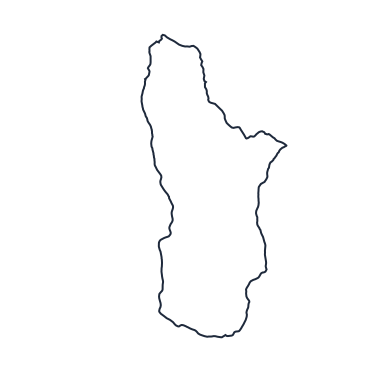 outline of Chomphet, Louangphrabang, Laos, rotated 130°
{"feature_id": "54806243B51917372677648", "entity_name": "Chomphet", "entity_type": "district", "adm_level": 2, "iso_a3": "LAO", "parent_name": "Laos", "parent_adm1": "Louangphrabang", "projection": "equal_earth", "projection_center": [101.914, 19.859], "detail": "fine", "context": "isolated", "style": "outline", "palette": "slate", "viewbox_px": 384, "rotation_deg": 130, "n_neighbors": 0, "source": "geoboundaries", "source_scale": "gbopen_adm2", "svg_char_len": 6005}
<svg xmlns="http://www.w3.org/2000/svg" viewBox="0 0 384 384"><g transform="rotate(130 192 192)"><path d="M304.5,118.5L304.0,116.5L303.7,116.0L303.4,115.6L302.9,115.4L302.0,115.2L301.3,114.9L300.6,114.5L300.0,113.7L299.5,112.7L298.8,110.4L298.6,109.3L298.3,108.4L297.7,105.6L297.0,103.4L296.1,101.2L295.9,99.9L296.0,98.4L296.4,96.3L296.1,94.3L295.5,92.6L294.4,89.8L293.1,87.3L292.0,86.3L290.0,84.0L288.6,82.9L287.5,81.5L286.4,79.3L284.5,76.2L284.0,75.7L282.7,75.3L280.8,74.6L280.1,74.5L279.9,72.8L279.4,72.0L276.6,69.4L275.9,69.0L275.0,68.8L272.4,69.4L271.9,69.3L271.0,68.9L270.3,68.3L269.0,67.0L268.4,66.6L267.3,66.5L264.9,66.7L263.4,67.0L260.2,67.5L258.2,68.0L255.6,68.6L253.4,69.5L252.3,70.0L250.7,71.1L249.7,72.4L249.2,72.9L247.9,73.6L246.3,74.2L245.3,74.4L244.0,74.9L242.1,76.3L240.9,77.0L239.4,77.4L238.8,78.0L238.5,78.8L237.9,81.3L237.1,83.1L234.9,85.4L233.3,86.5L232.0,87.9L231.2,88.2L229.9,88.5L228.1,88.7L225.9,89.1L224.6,89.5L223.6,89.6L222.5,89.6L220.0,88.6L218.0,87.4L216.2,86.6L215.2,86.2L214.4,86.1L213.3,86.2L210.6,86.7L209.5,86.7L208.2,86.1L207.7,85.5L207.2,85.2L206.5,84.8L205.6,84.6L203.4,85.1L203.1,85.5L202.8,86.1L201.7,87.6L201.3,88.0L200.4,88.5L198.7,89.6L197.6,90.7L193.3,95.7L192.5,96.4L191.6,97.0L190.2,98.3L185.9,101.3L185.1,102.2L184.3,103.4L183.7,104.5L180.9,108.5L180.6,109.1L179.7,111.2L178.9,112.8L177.1,115.2L177.0,115.8L176.5,117.1L176.2,117.5L175.8,119.1L175.4,120.2L174.9,121.1L174.5,121.6L174.1,121.9L173.6,122.5L172.4,123.2L171.4,124.0L171.1,124.4L170.7,124.6L170.1,125.2L169.4,125.7L169.2,126.0L168.7,127.1L167.3,129.1L166.3,129.9L165.0,130.7L161.9,131.6L161.0,131.8L159.0,132.8L158.3,133.4L157.5,133.8L157.2,134.1L156.8,134.5L155.6,135.7L154.4,136.7L153.9,137.3L152.6,138.5L151.1,139.6L150.8,140.0L149.5,141.0L148.5,141.7L147.2,142.7L145.5,143.9L144.9,144.1L143.9,144.2L143.5,144.2L142.3,144.4L141.9,144.3L141.4,144.4L140.5,144.0L139.9,143.8L137.9,143.0L137.6,142.9L136.3,143.1L135.9,143.1L134.3,143.3L133.2,143.6L132.5,143.7L132.1,144.0L131.5,144.3L130.2,145.7L129.1,146.7L128.1,147.3L125.2,148.6L124.2,148.6L123.7,148.8L121.4,150.2L120.7,150.4L120.1,150.7L119.6,150.7L119.0,150.9L118.8,150.8L118.1,150.7L117.7,150.5L115.6,150.3L115.2,150.3L114.2,150.7L113.3,150.5L112.5,150.6L112.1,150.6L111.0,150.7L109.8,150.7L108.6,151.1L107.4,151.3L106.8,151.3L106.0,151.1L105.2,151.3L104.3,151.6L102.6,151.7L99.9,151.2L99.1,150.7L98.5,150.4L97.4,150.1L96.5,149.6L95.9,149.5L95.7,149.6L95.7,151.9L96.1,154.4L96.7,156.2L97.6,158.3L98.2,159.9L98.1,162.0L97.8,163.3L98.1,165.1L98.1,169.4L98.1,169.6L98.1,169.8L98.4,170.2L98.4,170.6L99.2,171.1L99.7,171.7L99.8,172.0L99.9,172.5L100.1,172.7L100.3,173.1L100.4,173.4L99.9,174.5L99.8,175.2L99.9,175.6L100.3,176.7L100.3,177.1L100.6,177.5L101.8,178.5L103.4,179.3L104.9,179.5L106.2,179.8L107.7,179.8L109.4,180.0L110.3,180.7L111.0,182.0L111.8,183.1L113.3,183.4L114.9,183.9L116.0,184.7L116.1,185.3L114.7,188.9L112.9,194.7L112.2,196.5L112.1,197.3L112.9,198.7L114.7,200.3L116.2,201.4L117.0,202.9L117.1,204.6L117.0,207.7L116.8,209.9L115.4,212.8L114.5,214.3L113.2,215.4L112.2,216.4L111.4,218.2L110.4,221.2L110.2,224.5L109.7,231.0L111.5,234.9L111.9,236.6L111.5,237.9L110.9,238.9L109.7,239.5L108.5,241.0L107.7,242.8L106.8,244.2L105.2,245.5L104.2,246.9L103.3,249.5L100.4,252.0L98.8,252.0L99.0,253.8L97.8,255.7L94.8,257.4L93.0,260.3L90.4,262.3L89.5,264.3L88.9,266.5L87.1,267.5L85.3,268.1L84.6,270.3L83.7,272.4L82.6,273.0L80.9,274.2L79.9,276.2L78.7,280.1L78.8,282.5L79.1,284.8L80.4,286.1L82.2,287.2L83.6,289.3L85.0,290.9L86.3,293.4L87.4,296.6L87.9,302.1L88.4,304.6L89.0,306.9L89.6,310.6L89.5,313.5L90.4,315.4L92.1,315.6L93.2,314.8L93.9,313.6L95.4,313.6L97.4,314.1L98.7,313.5L99.6,316.0L100.8,316.0L106.1,317.2L108.5,317.5L109.9,316.5L111.5,315.0L112.1,314.8L112.9,313.8L114.5,311.1L119.1,307.2L120.7,306.1L121.9,305.8L123.9,305.7L124.8,305.6L125.5,305.4L126.0,304.2L126.5,302.7L127.1,301.9L128.9,300.9L130.5,300.1L131.5,300.1L134.3,300.3L135.5,300.0L135.8,300.4L136.5,299.5L137.7,299.0L139.0,297.8L140.0,297.1L141.0,296.6L142.5,296.1L143.2,295.7L143.4,295.5L143.9,295.3L144.6,295.2L146.1,294.6L148.4,293.3L151.0,292.1L151.6,291.7L153.2,290.2L154.5,289.3L155.1,288.8L157.9,285.4L158.2,285.1L158.5,284.8L159.6,283.2L160.3,282.4L162.1,278.4L163.6,276.3L163.9,275.7L164.0,275.1L164.4,274.0L165.3,272.7L166.0,271.9L166.4,271.0L166.7,270.2L167.1,268.9L167.4,267.6L168.3,265.6L169.6,263.8L170.2,262.8L170.6,262.5L170.9,262.0L171.3,261.6L172.7,260.4L173.5,259.3L174.2,258.7L174.7,257.9L175.4,257.5L178.5,256.1L179.4,255.6L181.1,254.4L183.2,252.2L183.6,251.4L183.9,250.6L184.9,249.5L187.1,246.4L187.9,245.7L188.8,244.5L190.0,243.3L190.3,242.8L190.6,242.3L191.3,241.6L191.8,241.2L193.1,239.8L193.9,239.2L194.9,238.3L195.3,237.8L195.7,237.2L195.8,236.7L197.5,232.9L198.7,227.8L199.2,226.2L200.4,224.9L201.1,224.6L201.7,224.2L202.8,223.8L204.1,223.2L205.0,222.4L206.2,221.0L206.7,220.0L207.0,219.0L207.7,216.9L208.3,215.0L208.9,212.5L209.4,209.6L209.5,209.0L210.2,207.5L210.4,206.6L211.5,205.5L212.9,202.1L213.8,200.3L214.4,198.7L214.8,197.8L215.3,197.2L216.0,196.6L216.7,196.2L217.3,195.9L219.9,194.9L221.2,194.1L222.3,193.0L223.5,191.6L225.0,189.6L226.0,188.7L227.4,188.1L229.3,187.8L230.5,187.7L232.6,187.0L233.5,186.7L234.4,186.0L235.2,184.9L235.9,183.6L236.5,182.6L237.1,181.9L238.4,181.3L240.0,181.3L240.9,181.3L242.0,181.9L243.7,183.0L245.2,183.8L248.4,185.1L249.3,185.3L250.1,185.3L251.8,184.9L252.7,184.3L253.3,183.8L254.7,182.7L255.3,182.1L257.0,179.6L257.9,177.8L261.5,173.4L262.6,172.4L263.0,171.8L265.6,169.4L268.6,167.1L269.8,166.4L272.6,164.2L274.0,162.7L274.9,161.7L275.8,160.8L277.3,159.0L278.5,157.4L279.1,156.7L280.0,156.0L281.2,155.3L282.1,154.7L285.4,152.0L286.2,151.6L287.0,151.4L289.0,151.5L290.9,151.5L291.5,151.2L293.2,150.1L294.4,148.9L295.4,147.5L296.5,145.9L297.3,144.7L298.7,143.2L300.4,142.2L302.3,141.7L304.2,140.7L304.6,140.3L304.9,139.6L305.2,138.0L305.3,137.3L305.2,136.5L305.0,133.1L305.0,132.0L304.9,131.3L305.0,130.6L304.1,126.6L303.9,122.8L304.4,120.2L304.5,118.5Z" fill="none" stroke="#1e293b" stroke-width="2"/></g></svg>